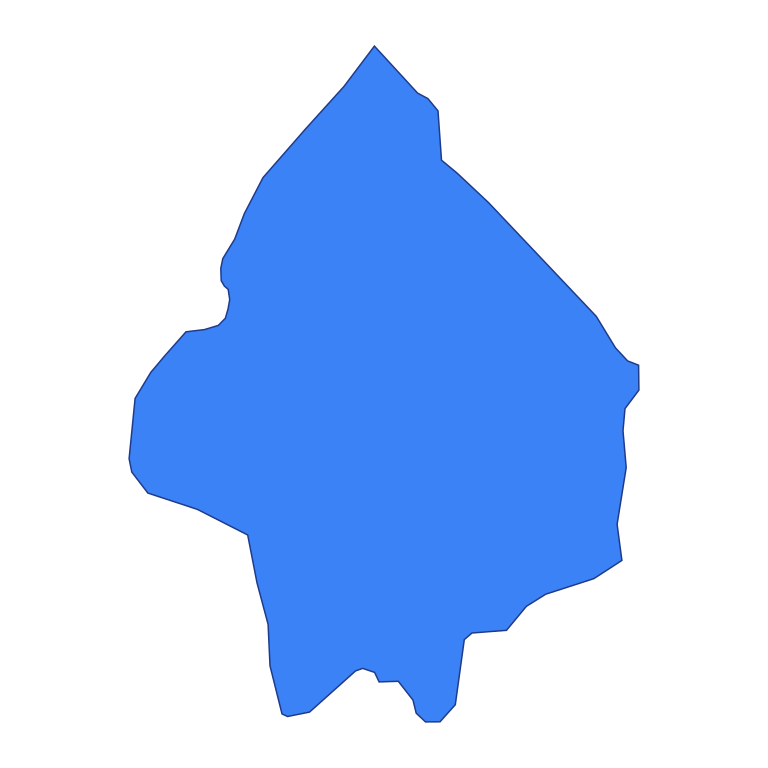 San Pablo Jocopilas, Suchitepéquez, Guatemala (Robinson projection)
{"feature_id": "79465075B77711429461890", "entity_name": "San Pablo Jocopilas", "entity_type": "district", "adm_level": 2, "iso_a3": "GTM", "parent_name": "Guatemala", "parent_adm1": "Suchitepéquez", "projection": "robinson", "projection_center": [-91.434, 14.594], "detail": "fine", "context": "isolated", "style": "filled", "palette": "blue", "viewbox_px": 768, "rotation_deg": 0, "n_neighbors": 0, "source": "geoboundaries", "source_scale": "gbopen_adm2", "svg_char_len": 908}
<svg xmlns="http://www.w3.org/2000/svg" viewBox="0 0 768 768"><path d="M638.6,365.2L627.6,360.9L615.5,347.9L596.3,316.4L488.6,202.7L457.3,173.3L441.5,160.2L438.0,110.9L427.9,98.6L417.6,93.1L374.4,46.1L344.0,86.4L305.3,129.2L263.0,177.6L244.4,213.5L234.7,239.1L222.8,258.6L220.8,268.3L221.2,280.7L224.4,286.1L228.2,289.4L229.7,299.6L228.1,308.7L225.4,318.2L218.3,325.4L204.4,329.6L186.0,331.8L163.8,356.9L158.4,363.4L150.9,372.2L135.1,398.4L129.1,458.7L131.8,472.1L147.9,493.1L197.4,509.4L247.7,535.0L257.0,582.8L268.1,624.4L270.0,665.8L282.0,713.9L287.5,716.5L309.5,712.1L355.6,670.9L362.7,668.4L374.6,672.4L379.1,681.9L398.3,681.3L413.0,700.1L416.2,713.2L425.5,721.9L440.0,721.8L455.3,704.7L464.3,639.6L472.0,633.0L506.5,630.3L526.4,606.3L545.7,594.2L593.9,578.6L621.9,560.4L617.1,524.3L626.2,467.6L623.0,430.8L625.0,408.6L638.9,390.1L638.6,365.2Z" fill="#3b82f6" stroke="#1e3a8a" stroke-width="1.5"/></svg>